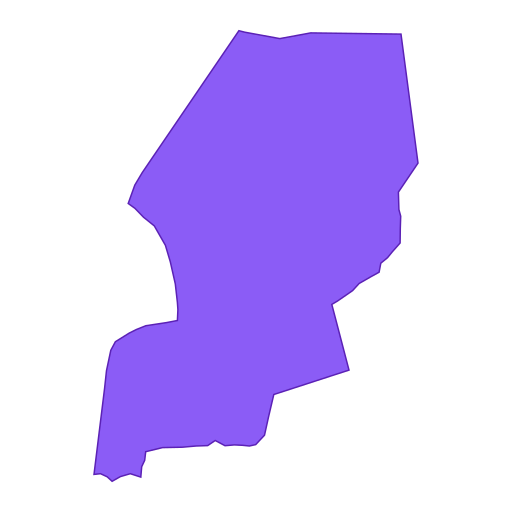 the district of São Luis do Piauí, Piauí, Brazil
{"feature_id": "56859067B34363734324768", "entity_name": "São Luis do Piauí", "entity_type": "district", "adm_level": 2, "iso_a3": "BRA", "parent_name": "Brazil", "parent_adm1": "Piauí", "projection": "robinson", "projection_center": [-41.277, -6.772], "detail": "fine", "context": "isolated", "style": "filled", "palette": "violet", "viewbox_px": 512, "rotation_deg": 0, "n_neighbors": 0, "source": "geoboundaries", "source_scale": "gbopen_adm2", "svg_char_len": 918}
<svg xmlns="http://www.w3.org/2000/svg" viewBox="0 0 512 512"><path d="M349.0,370.1L331.8,304.4L337.4,301.1L352.6,290.6L359.1,283.5L370.4,277.0L379.1,272.2L380.8,263.2L387.5,257.7L392.4,251.7L400.1,243.0L400.3,228.5L400.7,216.2L398.9,209.5L398.4,192.1L418.0,163.1L401.0,34.1L310.7,32.9L279.8,38.6L244.8,32.2L238.9,30.7L142.3,172.5L134.8,185.1L128.2,203.5L134.9,208.3L143.6,217.3L154.3,225.9L165.4,245.3L170.3,261.8L175.3,283.9L177.4,302.5L177.9,309.7L177.4,320.5L166.5,322.6L145.9,325.7L136.4,329.5L129.2,333.1L115.4,341.7L110.8,350.3L106.5,370.6L104.6,388.2L94.0,474.4L100.5,473.7L107.2,476.8L112.1,481.3L120.4,476.6L130.3,473.7L140.8,477.1L141.7,466.7L144.7,460.3L145.7,451.7L162.5,447.6L182.5,447.2L196.1,446.0L207.7,445.6L215.2,440.5L225.0,445.7L234.4,444.9L242.6,445.3L249.4,446.0L255.7,444.6L264.5,435.2L268.6,416.6L273.8,394.5L331.4,375.8L349.0,370.1Z" fill="#8b5cf6" stroke="#5b21b6" stroke-width="1.5"/></svg>